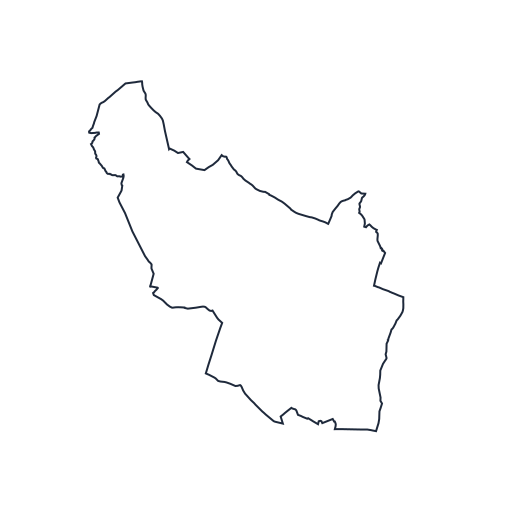 outline of Balaceana, Suceava, Romania, rotated 76°
{"feature_id": "2599482B81871248350111", "entity_name": "Balaceana", "entity_type": "district", "adm_level": 2, "iso_a3": "ROU", "parent_name": "Romania", "parent_adm1": "Suceava", "projection": "natural_earth1", "projection_center": [26.038, 47.646], "detail": "fine", "context": "isolated", "style": "outline", "palette": "slate", "viewbox_px": 512, "rotation_deg": 76, "n_neighbors": 0, "source": "geoboundaries", "source_scale": "gbopen_adm2", "svg_char_len": 6083}
<svg xmlns="http://www.w3.org/2000/svg" viewBox="0 0 512 512"><g transform="rotate(76 256 256)"><path d="M425.1,270.5L417.7,270.9L416.4,268.0L415.4,266.1L414.0,263.1L411.9,258.4L412.6,257.8L413.2,256.9L413.8,255.9L414.3,255.0L415.2,254.4L415.9,254.2L420.3,253.7L422.0,251.2L423.4,249.6L426.3,245.6L426.0,244.7L429.0,241.7L429.8,241.0L434.2,236.5L431.5,235.1L431.5,233.4L432.1,232.5L434.2,232.1L432.7,221.0L435.6,220.2L435.7,219.6L436.7,219.4L438.2,219.3L438.9,219.4L440.5,220.0L443.1,221.4L444.4,215.9L449.8,196.0L451.3,190.0L452.8,186.5L453.4,185.3L455.0,181.9L447.9,177.6L444.0,175.9L436.6,173.8L433.7,171.9L429.6,169.4L426.6,170.3L423.5,169.4L414.2,169.0L410.9,168.3L404.4,165.3L401.2,164.2L397.2,163.1L391.3,158.8L388.8,156.1L387.5,154.6L386.6,154.0L382.7,154.0L380.3,152.6L372.7,150.5L370.5,148.7L370.1,148.3L369.4,148.4L369.1,147.9L368.0,147.4L363.0,144.0L360.1,142.3L359.4,141.0L358.4,139.9L355.3,137.1L352.5,135.1L351.9,134.0L349.9,131.6L348.9,130.4L347.2,128.8L345.7,127.4L344.3,126.6L342.3,125.7L338.5,124.7L336.0,124.2L331.6,123.0L328.8,127.2L325.9,131.0L324.5,133.0L324.0,133.6L323.0,135.0L322.5,135.4L321.7,136.5L318.8,141.0L317.2,143.0L316.1,144.5L315.7,145.3L313.9,147.7L313.4,148.7L307.5,145.8L300.1,141.9L296.8,140.0L292.5,137.3L293.4,136.5L288.9,133.3L284.3,130.0L281.7,131.1L281.4,131.4L281.7,131.8L281.4,132.2L281.1,132.3L280.6,132.2L280.0,131.9L279.7,131.9L279.2,132.3L278.8,132.3L278.6,132.4L278.6,133.1L277.2,133.1L275.9,133.3L274.1,133.7L270.9,134.4L270.4,134.4L269.0,134.1L265.6,132.9L264.3,132.6L263.9,132.5L263.3,132.6L262.8,132.8L262.3,133.1L261.6,133.6L260.4,132.9L259.9,132.5L259.4,133.2L257.4,135.3L255.7,136.6L253.9,137.6L252.8,138.4L253.3,140.1L253.8,141.1L254.7,142.3L254.5,142.6L254.3,143.0L253.7,143.9L250.8,142.5L247.2,141.9L246.7,141.9L246.2,142.0L242.6,143.2L241.6,143.7L240.6,144.3L239.1,145.5L238.4,145.0L237.9,144.7L236.1,144.6L235.5,144.5L234.1,143.5L233.6,143.2L232.8,143.1L231.0,143.1L230.3,143.0L230.0,142.8L229.0,141.5L228.1,140.6L225.4,139.2L225.0,138.8L224.3,137.3L223.5,136.1L222.7,135.3L222.0,134.9L221.2,137.5L220.8,138.7L218.4,140.4L218.1,140.8L218.1,141.3L218.8,143.4L219.1,144.4L220.6,147.5L221.6,149.0L222.3,150.2L222.5,151.1L222.7,151.7L223.1,153.1L223.3,155.5L223.5,155.9L223.5,158.0L223.6,159.2L224.0,160.7L225.2,162.5L227.2,164.8L229.0,167.3L231.8,170.9L233.8,172.3L234.6,172.7L235.3,172.9L236.7,173.9L242.1,178.0L242.3,178.2L240.2,180.5L238.8,182.5L237.2,185.2L236.5,186.2L235.7,187.1L233.9,189.5L232.0,192.6L231.3,194.4L229.5,197.6L225.4,204.5L224.1,206.3L223.6,206.9L222.4,208.1L219.4,210.8L218.9,210.9L218.1,211.3L212.1,215.6L209.8,217.5L209.0,218.3L207.7,219.8L206.4,221.2L204.0,223.4L202.8,224.7L200.7,227.1L199.9,228.3L199.2,228.3L196.0,231.6L195.5,233.3L193.8,236.5L191.5,239.2L190.4,240.3L186.7,242.3L185.4,243.3L184.2,244.5L183.6,244.9L182.6,245.8L180.1,248.1L177.9,249.6L176.6,250.1L175.2,250.9L174.7,251.3L174.1,252.0L173.4,252.9L172.1,254.0L170.9,254.4L169.5,254.7L169.0,254.9L167.9,255.5L166.7,256.5L163.2,258.0L161.8,258.4L159.6,259.3L156.8,259.8L155.8,260.1L155.1,260.5L154.1,260.6L153.3,260.6L152.8,260.7L152.4,261.0L152.2,261.5L152.1,262.3L151.3,263.7L151.0,264.1L149.8,264.9L153.9,269.6L157.1,275.9L158.3,280.3L160.2,285.2L156.7,293.1L152.7,296.2L148.2,300.3L147.2,299.4L146.8,298.9L145.8,297.1L144.8,297.7L141.7,299.3L137.4,301.5L137.2,306.8L134.0,309.8L130.8,313.8L131.3,314.5L112.7,314.1L106.0,313.7L102.0,313.6L99.9,314.0L96.7,315.3L94.3,316.6L92.1,318.6L89.8,320.2L86.5,322.1L84.0,323.4L83.1,323.8L82.3,324.0L80.8,324.2L78.2,325.0L77.7,325.1L77.0,325.1L75.3,324.7L73.8,324.2L72.7,324.0L71.9,324.0L71.4,324.1L69.0,324.9L68.3,325.1L67.4,325.1L64.4,325.1L62.0,324.9L60.6,324.6L58.9,324.4L58.7,325.2L58.3,329.0L58.2,330.8L57.8,333.9L57.0,340.9L61.6,350.1L62.5,352.4L66.4,359.8L66.9,361.1L67.5,362.2L69.0,365.0L69.7,366.8L70.0,368.6L70.5,370.0L71.2,371.1L81.6,376.8L87.0,380.6L88.2,381.2L90.2,382.6L92.1,383.7L92.7,384.9L93.4,385.9L93.9,386.3L94.7,387.8L95.6,388.0L96.0,388.0L96.9,386.2L97.6,382.3L97.6,380.9L97.9,379.6L98.1,378.7L98.3,378.7L99.5,378.8L101.0,382.4L101.7,383.3L102.0,384.0L102.7,384.1L103.4,384.4L103.8,384.8L104.6,385.7L105.1,386.7L105.5,387.0L106.5,387.4L107.0,388.0L107.3,388.5L107.5,389.0L109.8,388.5L111.0,387.8L112.4,387.5L113.1,387.5L113.9,387.3L114.7,387.0L115.6,386.8L116.2,386.9L117.4,387.2L118.0,387.2L118.8,386.8L119.7,386.6L120.2,386.6L121.0,386.8L121.9,387.4L122.7,387.4L123.1,387.0L123.6,386.2L124.0,386.0L125.0,386.0L126.1,385.8L127.2,385.9L127.8,385.7L128.4,385.2L129.9,384.5L131.0,383.9L133.4,383.2L134.2,382.3L134.3,382.0L135.5,381.7L136.5,381.6L137.3,381.4L138.0,380.9L138.8,380.9L139.6,380.6L140.1,380.2L140.5,379.8L140.9,378.0L141.4,377.7L141.5,377.2L142.3,376.5L142.7,376.0L143.0,375.3L143.2,374.1L143.5,372.9L144.0,372.3L145.0,371.5L145.2,371.2L145.4,370.0L145.6,369.2L146.2,368.4L146.2,367.6L146.8,366.3L146.7,365.8L145.8,365.6L144.9,365.5L144.8,365.3L144.8,364.9L146.1,365.0L147.0,365.3L148.2,365.9L152.5,368.8L153.3,369.1L154.7,369.1L155.3,368.7L159.7,370.5L160.4,371.0L165.9,376.1L171.0,375.5L182.7,372.7L202.2,370.0L229.3,363.7L233.3,362.1L235.4,361.4L236.9,360.3L238.8,359.4L239.2,359.4L242.5,360.4L243.2,360.4L248.5,359.6L258.0,364.9L259.8,366.1L260.2,366.0L260.4,364.6L262.9,359.2L263.3,359.0L263.9,359.8L264.7,360.9L265.6,362.6L266.3,363.4L267.0,364.8L269.2,364.6L274.9,358.5L276.8,356.9L281.5,354.1L284.3,351.8L285.8,350.0L286.0,349.4L286.3,346.6L286.8,344.2L287.3,342.3L288.7,337.8L289.1,337.8L290.6,334.9L291.6,326.9L292.0,321.8L292.2,320.0L292.4,319.2L292.8,318.2L293.1,317.7L293.7,317.1L295.7,315.8L297.3,314.6L297.8,314.1L298.5,312.7L298.4,311.4L306.5,308.7L308.5,307.8L312.7,305.0L317.4,308.2L328.4,315.3L341.8,323.4L349.7,328.3L357.8,333.1L360.0,330.2L363.7,326.0L364.4,325.3L365.1,324.7L368.0,323.0L368.7,321.8L369.3,320.6L370.6,317.0L371.5,315.3L373.8,311.8L377.2,307.4L377.5,305.2L377.4,302.7L377.8,302.3L378.3,302.0L379.6,301.6L383.4,301.0L385.6,300.3L386.9,299.9L394.6,295.8L398.3,293.4L400.1,292.5L408.4,287.5L409.9,286.4L412.2,284.9L420.1,279.1L420.6,278.7L421.4,277.6L425.1,270.5Z" fill="none" stroke="#1e293b" stroke-width="2"/></g></svg>